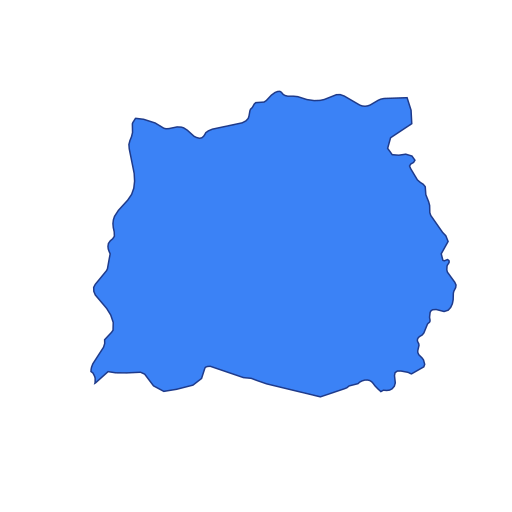 SVG path tracing the border of Maule, rotated 345°
{"feature_id": "CHL-2705", "entity_name": "Maule", "entity_type": "Region", "adm_level": 1, "iso_a3": "CHL", "parent_name": "Chile", "parent_adm1": "", "projection": "mercator", "projection_center": [-71.352, -35.623], "detail": "fine", "context": "isolated", "style": "filled", "palette": "blue", "viewbox_px": 512, "rotation_deg": 345, "n_neighbors": 0, "source": "natural_earth", "source_scale": "10m", "svg_char_len": 2975}
<svg xmlns="http://www.w3.org/2000/svg" viewBox="0 0 512 512"><g transform="rotate(345 256 256)"><path d="M442.9,142.2L443.5,155.3L440.7,168.5L416.6,176.6L411.0,186.1L413.8,193.4L420.0,195.6L427.0,196.4L432.5,199.8L434.3,204.6L432.4,206.4L429.3,207.2L427.6,208.8L428.0,211.7L431.6,224.3L433.8,227.5L436.1,230.0L437.4,232.9L435.9,240.7L436.8,248.3L436.8,252.1L435.1,259.1L435.3,262.1L442.3,281.4L444.6,285.6L445.3,291.7L435.5,301.8L435.4,308.6L436.7,309.4L440.1,309.0L441.2,310.4L441.0,311.9L440.0,313.1L438.7,314.1L437.9,315.2L436.7,318.8L436.7,321.1L441.2,332.8L441.7,335.8L440.7,338.2L438.0,341.2L437.0,343.0L435.1,349.3L433.9,351.8L433.2,353.1L430.7,356.1L427.6,358.1L423.3,358.3L416.2,354.3L412.6,353.6L410.6,354.4L409.5,355.7L408.0,359.5L407.7,360.5L407.5,363.0L407.0,364.3L406.4,364.9L404.6,365.7L403.9,366.3L398.2,373.8L396.1,375.3L393.2,376.1L391.8,376.8L390.6,377.9L389.9,379.7L390.1,381.3L390.5,382.9L390.3,384.5L387.7,389.4L387.3,391.0L387.7,393.5L390.1,397.6L390.9,399.8L390.9,404.3L389.4,406.5L375.7,410.1L374.6,409.4L373.6,408.4L372.3,407.5L366.2,404.6L362.8,403.7L360.1,404.7L358.8,407.4L357.7,414.6L355.9,417.6L353.1,419.5L350.3,420.1L347.4,419.7L344.3,418.6L341.5,419.3L341.3,418.9L339.4,416.0L337.3,412.2L336.2,409.4L335.1,407.3L333.6,405.7L331.7,404.7L329.0,404.0L326.0,404.1L323.4,404.7L321.5,405.7L312.3,405.6L309.6,406.8L307.1,407.1L281.7,408.7L233.1,382.2L224.7,376.5L219.7,372.9L212.4,370.2L183.3,350.7L180.8,350.2L179.6,350.2L178.7,350.3L177.7,350.9L171.7,360.2L161.7,364.4L144.8,364.2L131.9,362.9L123.4,354.9L117.9,341.3L114.4,338.4L100.7,335.4L90.2,332.5L83.2,329.4L68.2,337.0L67.5,337.2L67.9,336.5L69.0,332.4L69.0,330.7L68.6,328.4L68.1,326.6L66.7,324.9L67.4,322.8L68.4,320.8L70.5,317.9L85.1,304.7L87.2,301.4L88.1,297.7L96.6,292.4L98.7,290.7L100.9,283.2L100.4,275.4L98.2,268.0L90.7,252.1L90.2,248.2L91.1,244.3L93.4,241.8L107.8,231.5L109.2,229.9L113.0,221.8L115.7,216.2L115.3,213.6L115.1,211.0L115.5,208.4L116.7,205.7L119.2,203.6L122.0,202.3L124.3,200.3L125.3,196.0L125.5,191.6L126.2,187.7L127.6,184.2L129.6,181.1L134.9,176.3L146.6,168.8L151.8,164.3L155.5,158.9L158.1,152.3L159.7,144.7L161.3,119.7L162.1,115.4L164.1,111.9L166.6,108.6L168.7,104.8L170.8,96.3L171.6,95.2L175.2,91.9L175.5,91.9L182.9,94.9L193.0,101.4L200.0,108.7L202.0,109.8L204.8,110.4L213.2,110.9L217.2,112.2L219.3,113.5L222.2,116.7L227.1,124.3L229.0,126.0L231.9,127.7L234.3,127.8L236.4,126.8L238.0,125.4L239.4,123.9L242.3,122.8L246.7,122.2L277.1,123.8L281.2,122.9L284.1,121.1L285.5,118.9L287.7,114.2L288.7,112.8L290.4,111.9L291.4,111.1L293.7,108.7L295.5,107.8L303.6,109.4L306.2,108.5L312.5,104.6L316.7,103.0L319.5,102.7L321.5,103.1L322.3,103.7L323.0,104.7L324.1,107.0L325.6,108.5L328.1,109.9L333.4,111.3L337.6,112.9L345.7,118.1L352.5,121.0L358.2,122.3L362.4,122.5L375.4,121.0L379.1,121.9L382.6,124.3L395.3,137.1L396.0,137.6L397.5,138.6L400.1,139.6L402.8,139.9L405.4,139.7L414.4,137.2L417.2,136.8L420.5,137.0L442.9,142.2Z" fill="#3b82f6" stroke="#1e3a8a" stroke-width="1.5"/></g></svg>